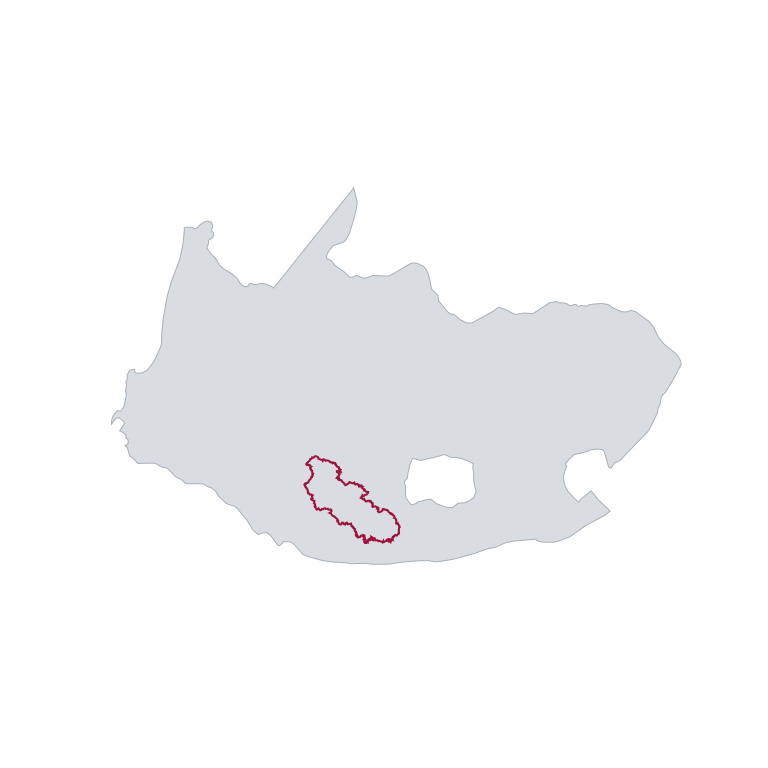 Chris Hani, Eastern Cape, South Africa (highlighted), rotated 42°
{"feature_id": "47623444B97098873518332", "entity_name": "Chris Hani", "entity_type": "district", "adm_level": 2, "iso_a3": "ZAF", "parent_name": "South Africa", "parent_adm1": "Eastern Cape", "projection": "orthographic", "projection_center": [27.423, -31.861], "detail": "fine", "context": "in_parent", "style": "outline", "palette": "rose", "viewbox_px": 768, "rotation_deg": 42, "n_neighbors": 0, "source": "geoboundaries", "source_scale": "gbopen_adm2", "svg_char_len": 9780}
<svg xmlns="http://www.w3.org/2000/svg" viewBox="0 0 768 768"><g transform="rotate(42 384 384)"><path d="M521.9,162.1L539.2,160.1L547.0,161.6L556.2,165.5L564.9,167.0L579.7,166.1L584.8,166.9L588.8,168.3L591.7,170.4L595.5,185.2L598.7,201.0L598.5,206.1L598.9,208.1L602.9,214.9L604.3,219.1L606.6,222.6L611.4,239.6L611.9,242.6L610.5,283.3L608.3,288.2L609.0,294.6L606.5,295.4L592.5,286.6L589.9,286.8L585.8,289.8L581.9,294.4L580.1,298.4L572.6,309.2L571.9,316.2L572.3,322.2L574.7,322.5L576.3,326.9L580.0,333.9L586.4,338.5L592.5,340.7L600.9,341.5L607.6,341.7L607.4,337.0L609.4,324.7L620.5,326.7L637.1,327.1L635.6,335.1L628.9,353.2L624.2,373.7L618.9,383.9L616.0,388.1L607.7,395.3L603.5,397.7L600.0,398.4L585.9,413.4L580.6,420.6L575.8,431.3L571.2,437.1L564.4,449.7L552.6,468.1L542.8,480.2L538.5,483.7L535.6,485.2L528.0,492.2L517.2,503.6L509.0,513.7L496.8,525.1L489.8,530.1L479.4,540.0L476.5,541.5L464.8,550.7L456.4,556.4L442.9,563.0L437.6,564.9L424.7,563.3L419.4,564.3L415.0,568.3L414.7,574.0L412.8,574.8L401.0,572.5L396.2,573.0L393.4,576.1L391.3,580.0L384.6,580.3L372.5,576.7L358.3,574.8L355.1,574.6L348.4,577.8L346.0,578.3L336.1,578.1L330.5,576.4L325.2,576.7L321.3,578.4L316.4,579.2L303.8,590.4L297.0,590.8L291.2,592.4L280.8,591.5L277.8,592.4L274.8,594.4L267.8,595.7L265.2,597.4L254.0,607.9L249.1,607.2L242.9,607.6L235.6,602.9L232.9,603.4L233.5,601.8L233.5,599.1L230.8,596.5L228.1,596.8L226.5,594.6L222.3,594.7L218.9,595.7L217.5,586.8L215.8,586.1L211.5,586.2L209.5,586.7L208.6,587.6L207.7,589.7L208.3,596.0L206.6,594.3L204.6,590.7L203.7,586.8L203.9,582.0L206.9,580.0L205.5,574.1L199.7,564.2L196.4,562.2L193.6,557.2L191.0,555.4L189.7,551.8L187.1,549.1L185.9,544.5L187.0,541.7L188.9,540.0L191.1,542.2L193.6,541.0L197.0,537.3L198.7,532.0L198.2,523.8L197.2,518.7L193.1,505.7L191.5,502.7L184.0,493.8L175.2,481.8L163.6,462.7L157.8,451.1L148.5,427.5L140.9,414.4L132.0,402.3L130.9,401.6L132.0,399.9L135.9,396.5L137.7,395.5L138.8,395.8L139.7,394.9L140.5,392.8L140.8,388.2L142.3,383.2L143.9,381.0L147.5,379.3L150.5,380.8L151.9,382.5L152.6,384.7L153.9,385.7L155.9,385.5L157.4,386.8L158.5,389.6L158.5,391.7L157.5,393.2L157.8,394.9L159.4,396.9L161.4,401.5L169.2,403.2L173.5,403.1L177.7,404.0L181.7,405.7L188.1,405.7L196.8,403.9L204.0,403.8L209.9,405.4L214.0,405.4L216.5,404.0L217.4,402.0L216.9,399.6L218.1,397.9L220.9,397.1L223.1,395.0L224.6,391.9L228.5,389.1L234.7,386.8L237.8,386.6L230.3,258.6L242.3,266.7L245.2,270.6L251.5,282.2L258.0,296.6L259.3,303.6L259.1,305.2L253.7,315.3L253.8,320.1L254.8,325.6L256.3,328.4L258.0,329.2L262.0,327.5L268.3,328.7L280.2,327.3L286.2,327.7L287.7,327.2L289.0,325.9L290.4,322.5L291.7,321.3L297.2,319.5L299.6,317.5L303.3,310.6L314.9,301.1L316.1,298.9L322.9,277.2L325.1,274.1L328.3,271.9L334.9,270.1L338.8,270.8L343.0,272.5L347.8,275.5L355.0,281.0L357.5,281.8L364.5,281.9L368.9,285.6L382.2,287.8L386.0,287.6L390.0,285.4L396.8,285.3L404.0,283.7L408.4,279.9L416.6,256.4L417.5,251.3L418.4,249.8L425.4,247.1L433.8,245.0L435.6,243.9L440.8,237.4L447.7,232.0L452.5,213.3L455.7,208.9L457.6,207.0L458.9,207.0L460.7,205.8L463.0,203.6L465.8,202.2L469.0,201.6L471.0,200.1L472.0,197.6L473.6,196.4L476.0,196.5L477.3,195.7L477.7,194.0L482.9,190.1L483.0,188.5L486.1,184.5L492.0,178.4L497.5,174.9L502.8,174.3L512.4,171.2L515.9,168.3L518.1,164.3L521.9,162.1ZM503.2,437.7L511.4,434.6L517.4,430.5L518.9,422.9L523.5,418.3L525.3,414.0L526.7,408.0L524.0,401.6L520.3,399.7L513.5,394.1L510.5,390.4L506.5,387.3L503.5,383.5L498.8,384.7L491.4,387.6L486.8,390.3L483.0,393.6L476.1,395.9L469.7,406.2L467.6,408.6L462.6,416.1L455.4,419.9L455.2,421.2L457.6,427.4L461.0,433.5L464.5,438.5L464.3,441.6L465.5,444.0L468.6,445.7L473.9,452.0L476.5,454.0L484.5,455.5L485.6,455.1L487.8,451.4L488.2,448.8L493.6,440.7L495.9,438.3L503.2,437.7Z" fill="#d9dde1" stroke="#a8b0b8" stroke-width="1"/><path d="M494.2,497.2L493.8,496.8L494.2,496.5L493.4,495.8L493.4,495.6L493.7,495.8L494.2,495.6L494.1,495.4L494.1,495.0L493.8,494.6L494.4,494.3L494.0,494.2L494.0,493.9L493.7,493.7L494.0,493.2L493.5,492.9L493.6,492.5L493.0,492.2L492.8,491.8L493.3,491.1L492.7,491.0L493.1,490.9L493.1,490.6L493.4,490.4L493.0,490.0L493.3,488.8L494.3,488.2L494.6,488.4L495.1,487.7L494.9,487.0L494.9,486.5L494.6,485.7L495.2,485.0L494.7,484.4L493.7,483.8L493.4,483.1L492.6,482.7L492.2,481.8L491.3,480.6L491.4,479.8L490.7,479.7L490.3,479.1L489.7,479.2L489.0,478.8L488.1,479.0L488.2,478.6L487.4,478.6L487.1,478.3L486.8,479.1L486.2,479.4L485.3,478.1L484.3,477.1L483.7,477.0L483.5,476.5L481.8,476.3L481.0,476.7L480.9,476.0L480.0,475.2L478.3,475.3L478.1,475.6L477.4,475.2L476.6,475.2L476.4,475.8L475.9,476.3L475.0,476.1L475.1,475.6L474.2,476.0L472.6,475.9L472.0,475.5L470.9,475.4L470.4,476.1L469.6,476.0L468.6,476.9L467.4,477.0L466.8,477.8L467.5,478.6L467.1,481.2L466.1,482.7L465.4,482.6L464.7,482.8L464.2,481.3L463.5,481.3L463.0,480.2L462.6,480.5L462.7,481.2L462.3,481.4L462.1,479.9L459.1,480.9L457.8,483.0L457.4,482.8L456.8,481.8L456.5,482.0L455.8,481.1L455.9,480.7L455.3,480.1L454.4,480.7L453.2,480.0L452.7,480.7L451.9,480.1L450.3,481.3L450.4,482.0L449.6,482.5L449.3,483.3L448.0,483.3L446.2,482.7L445.8,483.7L444.9,483.9L444.3,483.5L442.9,484.1L442.8,482.3L442.3,481.1L443.8,481.2L444.0,480.5L443.9,479.4L445.1,477.8L445.0,475.5L444.5,474.8L442.7,476.1L441.2,475.8L440.6,476.5L439.7,476.1L439.8,475.4L436.7,476.0L436.2,475.4L436.6,474.6L435.2,474.8L435.0,474.6L434.6,475.1L434.6,475.5L434.7,475.8L434.6,476.0L434.3,475.8L434.0,476.9L432.8,476.4L432.8,475.8L431.0,476.1L430.0,477.9L428.7,477.6L427.9,477.1L427.6,478.5L424.9,479.9L424.3,479.7L423.9,480.0L424.1,481.7L424.0,482.7L423.6,483.2L423.7,483.6L423.0,485.0L421.7,484.7L421.6,484.9L419.7,484.3L418.4,484.7L417.1,484.0L416.0,484.4L415.7,485.0L415.2,485.1L414.8,484.5L414.0,484.6L413.6,484.2L413.5,484.7L413.0,485.1L413.1,485.3L412.5,485.1L411.7,485.5L411.5,483.9L411.8,483.2L411.5,480.6L410.9,481.1L409.3,480.6L407.9,480.9L407.3,480.3L408.2,479.5L408.9,479.8L409.4,479.6L410.7,478.2L409.5,477.9L408.7,477.1L408.8,476.8L408.3,476.9L407.9,477.5L407.4,477.5L406.9,476.8L407.1,476.6L405.9,476.0L404.5,476.9L402.6,476.1L402.5,476.5L402.0,476.4L402.0,476.2L400.5,475.4L400.0,475.8L400.0,476.2L399.7,476.2L399.3,476.5L399.0,477.1L398.6,476.8L398.5,477.3L397.8,477.1L397.0,477.9L396.5,478.0L396.1,477.7L395.7,478.2L394.1,478.0L392.8,478.9L392.0,480.1L391.7,479.9L391.0,479.9L389.6,480.4L389.9,482.0L388.8,481.4L387.7,482.6L385.8,483.0L385.4,483.4L385.2,483.1L384.0,482.5L382.0,483.1L381.1,483.8L380.9,486.0L379.8,486.6L380.2,487.0L380.0,488.3L379.4,489.1L380.0,490.3L379.8,493.9L379.6,494.0L379.8,495.6L381.0,495.8L381.7,495.0L381.7,494.7L382.9,494.6L383.0,493.9L383.6,493.3L383.2,494.1L383.5,494.3L384.1,494.2L383.7,494.6L385.5,495.1L385.4,495.9L386.2,496.5L386.8,496.3L387.0,496.4L387.0,496.7L387.6,496.8L387.3,497.2L388.5,496.5L389.9,497.6L390.1,498.2L390.7,498.4L391.3,498.1L391.6,499.4L391.9,499.2L392.2,499.7L392.1,499.9L392.4,500.1L392.8,501.4L392.2,502.0L392.8,503.2L393.1,504.2L392.7,505.8L393.0,506.4L393.6,507.7L393.2,508.2L393.3,508.8L392.8,509.4L392.8,510.0L392.4,509.8L392.2,510.0L392.0,510.6L391.9,511.7L392.4,512.3L393.2,512.4L394.1,513.0L394.8,512.6L395.3,512.8L395.4,513.1L396.1,513.2L396.4,513.6L397.1,513.4L398.6,514.0L399.7,515.3L400.3,515.1L401.1,515.5L401.1,515.9L401.7,515.6L403.0,515.8L403.9,514.7L405.5,514.4L405.5,515.6L406.1,515.8L406.9,516.7L407.2,516.7L406.6,518.1L407.3,518.5L409.5,518.0L410.0,517.5L410.6,517.4L411.9,519.6L412.8,519.4L413.3,519.5L414.0,520.3L414.3,521.3L415.3,521.0L415.6,521.8L418.1,522.3L418.5,520.2L419.6,520.6L421.1,520.5L421.7,519.4L421.5,518.6L422.6,517.6L422.6,516.8L423.0,516.1L423.5,515.8L424.3,515.8L425.3,514.8L425.8,514.6L425.9,514.3L426.8,514.5L427.9,513.8L428.2,512.9L428.5,512.8L430.0,513.3L430.4,514.9L429.9,516.2L431.4,515.7L433.6,516.4L435.4,515.7L436.4,516.0L437.0,515.6L438.0,515.8L439.7,515.6L440.2,515.8L440.4,516.7L441.2,517.3L441.6,516.7L441.8,517.1L442.2,517.1L444.0,518.1L444.3,517.7L445.3,517.8L446.1,517.1L446.0,515.9L445.7,515.7L445.5,515.1L446.2,514.6L446.4,514.9L448.4,514.9L449.0,514.5L448.4,514.0L448.4,513.5L449.0,513.2L449.0,512.6L449.6,512.5L449.4,512.3L449.3,511.8L449.6,511.8L450.1,512.6L450.8,512.6L451.0,511.9L451.8,511.5L453.0,509.8L454.3,510.9L455.4,510.8L455.5,511.3L456.7,510.8L457.7,511.1L457.5,511.4L457.5,511.5L459.3,511.2L459.5,511.9L459.9,511.8L460.1,512.4L461.2,513.0L462.1,512.5L462.7,513.2L463.0,513.2L463.0,513.4L463.5,513.6L463.6,514.1L463.9,514.0L464.0,514.3L464.3,514.0L465.0,515.0L464.8,515.4L465.5,515.6L466.2,515.5L466.3,514.9L467.1,515.6L467.4,515.3L467.1,514.8L467.6,514.8L468.6,513.8L468.4,512.9L468.6,512.3L468.4,511.9L469.0,511.2L469.2,511.4L469.6,511.3L469.4,510.2L470.1,510.0L470.6,510.4L470.7,509.9L470.9,509.7L471.8,510.6L471.6,511.4L471.7,511.8L472.7,511.8L472.8,511.4L473.0,511.4L473.2,512.2L473.1,513.0L474.2,512.4L474.3,512.7L473.9,513.5L474.3,513.8L474.5,513.6L474.6,512.4L474.8,512.4L475.2,512.9L474.8,513.3L475.0,514.6L475.8,514.5L476.1,514.0L476.5,514.7L477.2,514.0L477.0,513.8L476.6,513.9L476.6,512.9L477.3,512.7L476.6,512.4L476.7,512.2L477.3,511.7L476.5,510.9L476.5,510.5L477.6,511.1L477.3,510.7L478.1,509.5L477.7,508.8L478.3,508.8L478.6,508.4L478.5,508.0L478.2,508.2L477.5,507.7L477.1,507.8L477.3,507.3L477.0,506.8L477.5,506.6L477.5,506.2L477.2,506.0L478.0,505.9L478.2,506.2L478.7,506.4L478.9,507.0L478.6,507.2L479.3,507.7L480.3,507.6L480.6,507.4L479.6,505.8L480.1,505.6L480.3,505.1L480.0,505.1L480.2,504.9L482.2,506.0L483.7,504.5L484.0,504.4L484.2,504.6L485.0,504.6L485.6,503.7L487.4,503.0L487.9,502.5L489.0,502.0L488.7,501.3L489.2,501.6L489.1,502.0L489.4,501.8L489.5,502.0L489.9,501.2L489.9,500.6L490.7,498.6L490.4,498.5L490.4,498.2L490.9,498.3L490.7,497.5L491.1,496.0L491.8,495.7L491.6,496.2L492.0,496.2L492.1,496.8L492.2,496.4L492.4,496.4L492.9,497.3L492.7,497.6L493.0,497.9L493.5,497.5L493.5,497.2L494.2,497.2Z" fill="none" stroke="#9f1239" stroke-width="2"/></g></svg>